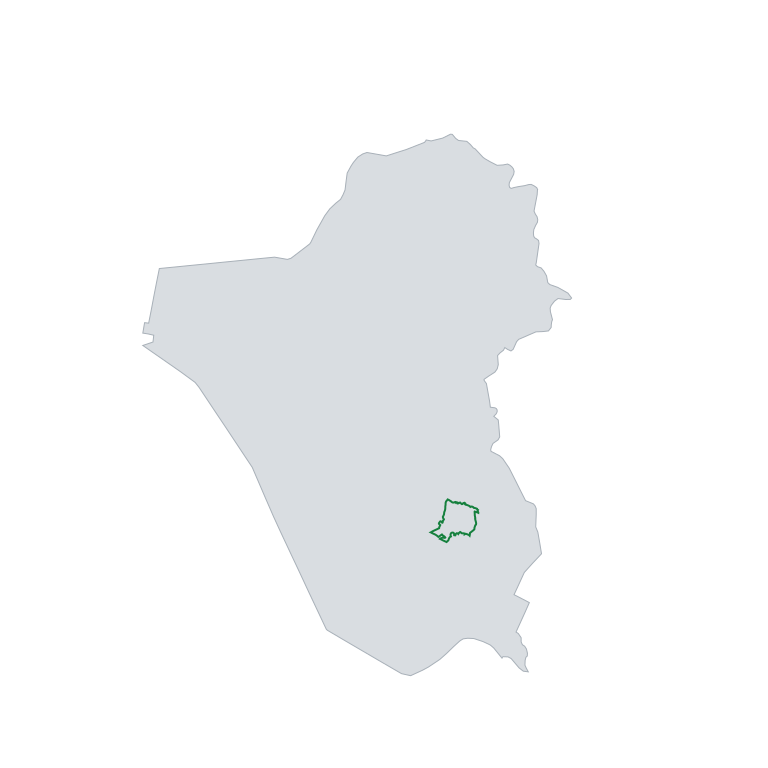 Al-Rifai, Dhi-Qar, Iraq (highlighted), rotated 25°
{"feature_id": "34846034B62362991729870", "entity_name": "Al-Rifai", "entity_type": "district", "adm_level": 2, "iso_a3": "IRQ", "parent_name": "Iraq", "parent_adm1": "Dhi-Qar", "projection": "robinson", "projection_center": [46.048, 31.665], "detail": "fine", "context": "in_parent", "style": "outline", "palette": "green", "viewbox_px": 768, "rotation_deg": 25, "n_neighbors": 0, "source": "geoboundaries", "source_scale": "gbopen_adm2", "svg_char_len": 6551}
<svg xmlns="http://www.w3.org/2000/svg" viewBox="0 0 768 768"><g transform="rotate(25 384 384)"><path d="M319.1,145.0L324.0,143.8L333.2,136.4L338.7,129.5L340.4,128.9L345.1,131.1L348.6,131.8L356.5,129.1L361.2,130.5L365.1,132.3L367.3,132.4L377.9,136.7L380.5,137.2L386.0,137.7L394.1,138.0L399.4,135.1L403.1,132.4L405.7,132.5L408.2,133.2L410.3,134.3L412.1,136.3L412.9,139.2L412.5,148.5L413.3,150.9L414.7,152.7L416.6,153.0L418.8,151.0L422.7,148.1L427.5,144.9L431.0,142.0L433.1,140.9L436.3,141.0L439.4,141.5L441.1,142.9L441.1,143.4L442.8,147.7L446.9,163.9L449.3,166.0L452.0,167.7L453.9,170.1L454.7,172.6L454.4,176.3L454.5,180.7L455.6,184.0L457.1,186.6L458.6,187.8L460.8,188.0L463.4,188.6L465.1,191.1L470.7,209.6L471.2,212.0L473.5,212.8L477.4,212.4L481.4,214.3L485.6,217.3L489.6,222.9L492.3,223.8L500.7,223.0L512.3,223.9L517.7,226.8L517.1,228.6L513.0,230.6L505.6,233.0L503.5,236.9L502.3,242.1L502.5,245.0L504.3,248.2L509.5,254.5L509.7,256.8L510.7,260.0L511.6,262.1L510.6,266.4L505.9,269.3L499.7,272.5L487.2,286.6L486.3,289.6L486.4,298.0L485.1,300.4L481.2,300.4L478.1,299.9L478.0,302.9L476.0,306.8L474.9,310.2L479.4,318.2L480.2,322.4L479.5,326.3L475.3,333.0L472.7,337.5L473.3,338.5L476.6,340.3L486.9,354.9L490.2,360.1L494.6,358.7L496.2,358.8L497.5,359.7L498.3,361.4L498.3,363.6L497.2,366.9L502.7,368.3L504.7,371.6L511.2,383.0L511.0,386.4L507.9,391.8L507.9,395.4L508.5,398.6L509.5,399.8L519.1,400.2L523.2,401.5L533.1,407.4L544.4,416.3L553.7,423.7L561.6,429.9L570.1,429.5L572.4,430.6L574.6,432.6L577.0,437.7L581.9,449.4L586.0,453.2L592.5,462.5L598.5,471.3L594.6,483.1L590.8,495.5L590.9,511.4L590.9,520.0L599.1,520.3L608.1,520.7L608.3,530.9L608.4,541.2L608.5,553.0L611.2,553.4L615.5,556.0L617.3,559.8L619.6,561.8L622.3,562.2L625.1,564.0L627.8,567.4L628.8,570.0L628.1,571.7L628.7,574.8L630.6,579.3L632.9,581.3L636.4,583.9L631.6,585.4L626.4,584.2L615.3,579.1L611.7,578.9L607.0,580.9L606.8,582.6L595.1,576.9L590.9,575.7L589.3,575.6L582.6,575.6L573.1,576.7L567.4,579.0L563.5,581.5L561.8,584.0L561.1,585.3L558.1,592.5L554.6,601.7L551.0,610.0L543.9,621.7L539.9,627.1L531.4,637.1L522.3,639.1L501.0,637.2L477.5,635.0L454.0,632.8L436.6,631.1L435.3,630.6L418.1,616.3L404.5,605.0L387.6,590.8L370.3,576.4L352.8,561.8L340.2,551.1L324.8,537.5L310.8,525.0L299.8,515.2L285.7,506.6L274.6,499.8L258.6,490.0L245.7,482.2L234.7,475.5L217.8,465.2L212.2,462.4L194.6,458.9L177.9,456.0L160.6,453.0L149.1,451.0L156.9,443.6L154.7,437.1L149.1,438.3L143.9,439.8L141.1,429.6L145.0,428.3L141.7,414.9L138.2,401.2L134.9,387.9L131.6,374.3L146.3,365.6L157.4,359.0L172.8,349.9L187.6,341.1L201.8,332.7L217.3,323.5L231.2,315.3L243.8,311.9L246.6,309.3L252.5,298.0L257.5,288.4L257.8,286.2L258.0,272.5L259.2,256.5L260.9,248.0L263.9,240.5L266.6,235.0L266.9,229.8L266.7,224.6L264.1,216.7L261.5,208.4L262.0,200.5L262.6,196.2L264.4,189.4L267.5,184.5L270.7,181.4L282.6,178.2L289.7,176.3L299.2,167.5L304.9,162.3L312.8,154.0L318.6,147.9L319.1,145.8L319.1,145.0Z" fill="#d9dde1" stroke="#a8b0b8" stroke-width="1"/><path d="M493.5,479.6L493.8,480.0L494.0,480.3L494.2,480.5L494.9,480.9L495.5,481.3L495.4,482.3L495.3,482.6L495.2,483.0L495.3,483.2L495.3,483.5L495.5,484.0L495.6,484.6L495.6,485.0L495.4,485.1L495.2,485.1L494.9,484.8L494.6,484.5L494.2,484.5L493.8,484.5L493.3,484.5L493.1,484.7L492.9,485.0L492.8,485.5L492.8,485.9L492.7,486.4L492.6,486.9L492.7,487.2L492.8,487.4L493.1,487.6L493.5,487.7L494.1,487.9L494.6,488.1L494.6,488.4L494.6,488.8L494.6,489.4L494.6,490.3L494.7,490.8L494.9,491.4L494.7,491.7L494.1,492.3L493.7,492.9L492.5,494.3L491.5,495.5L490.2,497.1L489.7,497.9L489.1,498.7L489.6,498.7L489.9,498.7L490.4,498.8L491.4,498.8L493.3,498.8L494.4,498.8L496.2,499.1L496.9,499.3L497.9,499.6L498.5,498.7L499.1,497.6L499.6,496.7L500.1,495.9L501.0,496.3L501.8,496.5L502.8,496.6L503.6,496.8L504.4,497.3L504.2,497.7L503.4,498.0L502.5,498.3L501.9,498.6L501.4,499.2L500.8,499.7L500.2,500.4L500.1,500.7L501.4,500.7L503.2,500.8L504.3,500.8L506.0,500.8L507.2,500.8L507.5,500.8L507.9,499.6L508.3,498.9L508.4,498.3L508.2,497.1L508.2,496.0L508.3,495.2L508.6,494.5L509.1,493.9L508.4,493.2L508.2,492.8L507.9,492.3L507.8,491.7L507.8,490.9L508.2,490.3L508.5,489.9L509.1,489.6L509.8,489.5L510.5,489.8L510.8,490.1L511.0,490.3L511.2,490.6L511.3,490.9L511.3,491.2L511.5,491.4L512.2,491.2L512.6,491.0L512.5,490.1L512.5,489.5L512.8,488.8L513.0,488.5L513.7,488.3L514.2,488.4L514.7,488.6L514.8,487.5L515.2,486.8L515.4,486.1L515.6,485.9L516.3,486.0L517.1,486.3L517.6,486.4L517.8,486.3L518.4,486.1L518.5,486.0L519.2,485.7L519.9,485.5L520.3,485.5L520.6,486.2L520.9,485.8L521.4,485.2L522.2,485.1L523.3,485.0L524.0,485.0L524.7,485.0L525.2,485.1L525.7,485.3L525.5,484.4L525.1,483.3L524.9,482.5L525.4,481.6L526.0,480.4L526.6,479.2L526.9,478.5L527.3,477.6L526.9,476.4L526.7,475.9L526.6,474.7L526.5,474.1L526.5,473.2L526.8,472.5L526.6,471.9L526.4,471.3L525.7,470.3L524.6,469.0L523.8,468.0L523.5,467.6L523.5,467.4L523.5,467.1L523.3,466.8L522.7,466.0L522.4,465.5L521.8,464.7L521.2,463.5L521.0,463.1L520.5,462.2L520.1,461.5L520.1,461.3L520.9,461.2L522.2,461.0L523.5,460.9L523.9,460.9L523.8,460.6L523.2,460.1L522.6,459.6L522.4,459.3L522.4,459.0L522.4,458.5L522.0,458.5L521.5,458.3L521.4,458.1L521.1,457.8L520.9,457.8L520.6,457.8L520.1,457.8L519.3,457.9L518.8,458.0L518.2,458.2L517.8,458.3L517.6,458.3L517.4,458.1L517.1,457.9L516.6,457.9L516.1,457.9L515.7,457.9L515.4,457.9L515.0,458.2L514.5,458.7L514.2,458.7L514.1,458.9L513.6,458.6L513.3,458.5L512.2,458.5L511.6,458.5L511.3,458.5L510.9,458.5L510.5,458.6L510.2,458.6L509.5,458.8L509.0,458.9L508.7,458.9L508.4,458.8L508.2,458.7L508.2,458.3L508.2,457.9L507.8,457.8L507.4,457.7L507.2,457.6L506.9,457.8L506.5,458.2L506.2,458.4L506.1,458.7L506.0,459.3L505.9,459.6L505.6,459.8L505.2,460.0L504.6,459.8L504.1,459.6L503.6,459.5L503.3,459.4L503.1,459.3L502.9,459.5L502.5,459.7L502.4,460.0L502.1,460.1L502.0,460.5L501.8,460.8L501.6,460.9L501.4,461.1L501.2,461.2L500.9,460.8L500.9,460.5L500.6,460.5L500.5,460.4L500.3,460.4L500.1,460.6L499.8,460.7L499.8,461.0L499.7,461.1L499.6,460.9L499.4,460.6L499.2,460.6L498.9,460.6L498.6,460.7L498.5,460.8L498.3,460.9L498.2,461.3L497.9,461.5L497.7,461.6L497.3,462.0L497.0,462.1L496.8,462.2L496.6,462.3L496.2,462.4L495.9,462.4L495.3,462.3L494.7,462.2L494.0,461.9L493.5,461.9L493.1,461.9L492.6,461.8L492.2,461.8L492.0,461.7L491.7,461.7L491.1,461.7L490.9,461.7L490.5,461.7L490.4,462.4L490.1,463.5L489.9,464.2L490.0,465.4L490.2,465.9L490.5,466.7L490.9,467.5L491.2,468.8L491.7,469.9L492.2,471.1L492.4,471.6L492.5,472.2L492.6,472.7L492.7,473.1L492.7,474.0L492.8,474.8L493.5,476.9L493.5,478.0L493.5,479.2L493.5,479.6Z" fill="none" stroke="#15803d" stroke-width="2"/></g></svg>